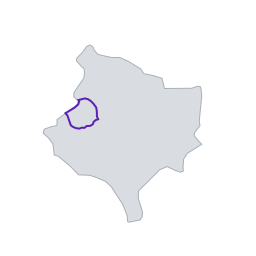 Kosovo, with Istok highlighted, rotated 341°
{"feature_id": "KOS-5887", "entity_name": "Istok", "entity_type": "District", "adm_level": 1, "iso_a3": "XKX", "parent_name": "Kosovo", "parent_adm1": "", "projection": "albers", "projection_center": [20.485, 42.778], "detail": "fine", "context": "in_parent", "style": "outline", "palette": "violet", "viewbox_px": 256, "rotation_deg": 341, "n_neighbors": 0, "source": "natural_earth", "source_scale": "10m", "svg_char_len": 1373}
<svg xmlns="http://www.w3.org/2000/svg" viewBox="0 0 256 256"><g transform="rotate(341 128 128)"><path d="M76.1,93.1L87.9,89.2L89.6,86.5L86.9,80.6L88.4,76.9L102.5,66.4L104.8,61.7L105.7,57.9L103.8,54.0L101.1,47.8L102.4,45.2L109.7,41.6L115.6,37.4L119.1,37.1L121.3,40.0L121.3,43.1L123.3,48.4L127.6,51.2L134.9,55.7L143.4,58.8L150.0,65.1L159.2,76.2L160.6,81.7L168.8,86.6L176.4,92.1L175.3,102.5L201.2,111.2L207.1,111.1L209.9,112.6L209.8,115.0L207.9,122.3L197.6,144.7L196.8,149.3L189.2,154.2L188.2,157.0L190.4,163.2L192.5,167.4L192.3,167.4L176.0,171.2L170.5,175.5L167.3,182.9L166.3,186.7L163.3,186.9L158.5,183.1L152.4,177.2L144.4,177.8L117.5,190.9L114.9,197.7L114.3,212.4L112.5,216.4L109.6,218.9L98.4,217.4L97.2,216.4L98.7,210.7L98.1,198.4L93.0,177.9L89.4,171.2L82.0,164.5L76.3,160.2L66.0,156.2L60.8,145.0L53.0,132.2L49.3,129.3L49.9,128.0L51.8,118.4L49.6,111.4L46.1,105.4L48.5,101.8L55.7,101.8L61.6,102.5L63.8,96.8L76.1,93.1Z" fill="#d9dde1" stroke="#a8b0b8" stroke-width="1"/><path d="M76.1,93.1L84.0,91.4L88.6,89.5L90.7,86.6L90.3,85.4L91.4,85.5L96.9,86.0L99.5,87.7L101.6,90.3L103.2,93.7L104.6,98.2L104.1,101.4L103.5,103.6L102.4,106.8L102.6,110.0L100.1,110.0L97.5,111.0L96.0,113.0L92.8,113.7L89.7,112.7L86.7,113.7L84.8,112.7L81.6,112.7L78.5,111.0L76.0,108.7L74.8,106.7L74.8,103.4L74.8,99.8L74.8,96.5L73.7,93.6L76.1,93.1Z" fill="none" stroke="#5b21b6" stroke-width="2"/></g></svg>